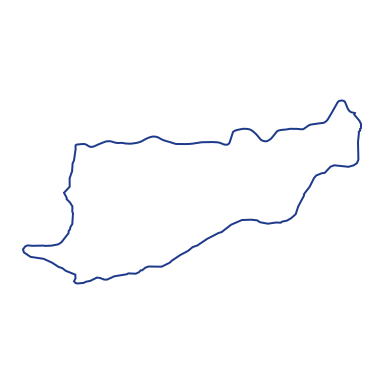 El Jícaro, El Progreso, Guatemala
{"feature_id": "79465075B65572825799154", "entity_name": "El Jícaro", "entity_type": "district", "adm_level": 2, "iso_a3": "GTM", "parent_name": "Guatemala", "parent_adm1": "El Progreso", "projection": "mercator", "projection_center": [-89.909, 14.889], "detail": "fine", "context": "isolated", "style": "outline", "palette": "blue", "viewbox_px": 384, "rotation_deg": 0, "n_neighbors": 0, "source": "geoboundaries", "source_scale": "gbopen_adm2", "svg_char_len": 3257}
<svg xmlns="http://www.w3.org/2000/svg" viewBox="0 0 384 384"><path d="M354.9,113.1L353.7,112.8L352.9,112.6L351.8,112.4L350.4,111.8L349.4,111.0L348.8,110.2L347.9,108.9L345.6,103.4L344.9,101.8L343.8,100.9L341.9,100.5L341.0,100.6L339.0,101.0L337.7,102.2L331.9,112.5L327.6,119.7L326.2,121.2L325.4,121.8L324.0,122.7L322.7,123.0L321.2,123.1L319.8,123.3L318.7,123.4L315.7,123.9L313.3,124.2L311.4,124.5L310.5,124.7L309.2,125.1L308.1,125.8L304.6,128.3L303.4,129.1L302.2,129.3L299.1,129.1L297.1,128.9L295.4,128.9L291.0,128.8L289.7,128.9L287.9,129.2L284.7,129.7L283.3,129.7L279.9,130.2L277.8,130.8L276.7,131.7L275.7,132.9L274.3,134.8L272.8,136.6L271.7,137.9L271.0,138.7L269.6,139.7L268.5,140.4L266.9,141.2L265.7,141.3L264.5,141.2L262.9,140.8L261.2,140.0L260.1,138.9L257.5,135.7L256.3,134.4L255.0,133.1L253.3,131.6L251.9,130.6L250.8,129.9L249.3,129.3L247.0,128.9L244.7,128.8L243.2,128.8L240.3,129.3L238.5,129.7L236.3,130.2L234.5,130.9L232.9,132.1L232.7,133.0L230.4,140.1L229.6,142.6L228.8,143.7L228.0,144.4L226.7,144.7L225.1,144.7L223.6,144.3L222.5,143.9L220.7,143.1L218.3,142.4L216.9,142.3L215.8,142.2L214.4,142.2L212.4,142.0L210.1,142.1L207.7,142.1L205.3,142.2L203.2,142.2L200.4,142.4L199.0,142.7L196.0,143.1L193.0,143.6L190.8,143.8L188.6,144.0L186.9,144.0L185.6,144.1L181.1,144.0L178.0,144.0L176.5,144.0L175.2,143.8L173.8,143.3L171.8,142.7L170.2,142.2L166.4,141.1L164.8,140.6L163.3,140.1L162.3,139.7L160.4,138.7L158.9,137.8L157.6,137.2L156.3,136.8L154.7,136.6L153.7,136.6L152.6,136.6L150.6,137.0L147.4,138.2L145.8,139.0L144.2,139.8L142.4,140.9L140.7,141.7L137.9,142.6L136.1,143.0L131.7,143.6L129.2,143.7L127.4,143.6L125.5,143.5L123.7,143.1L122.1,142.9L120.7,142.9L118.5,143.0L116.6,142.9L113.9,142.3L112.9,141.9L111.4,141.5L110.4,141.3L109.5,141.2L107.7,141.3L106.7,141.3L105.3,141.7L104.0,142.2L103.1,142.5L98.9,144.2L94.4,146.2L93.0,146.7L91.3,146.9L90.1,146.8L88.4,146.0L86.9,145.0L86.1,144.6L84.9,144.1L83.3,144.0L81.8,144.1L80.8,144.1L79.7,144.3L78.5,144.4L77.0,144.5L75.7,145.2L75.5,146.4L75.5,147.6L75.7,148.5L74.0,160.4L72.6,163.5L72.1,171.2L69.6,178.4L69.7,186.7L64.0,192.8L66.7,197.9L66.7,199.4L67.9,200.3L69.9,202.4L72.4,206.4L72.3,211.7L73.0,213.3L72.3,224.0L70.4,227.1L70.0,229.4L68.7,230.9L68.5,233.2L61.5,242.2L58.4,244.3L51.8,245.6L45.6,245.9L43.3,245.6L32.7,245.8L27.5,245.4L25.3,246.4L23.0,249.3L23.9,252.4L30.6,256.9L43.6,258.8L52.1,262.7L58.7,267.0L62.2,268.1L65.9,270.9L75.3,274.6L75.5,278.4L74.0,281.3L75.5,283.0L77.3,283.5L83.5,282.9L86.1,281.7L90.2,280.9L96.9,277.6L100.2,278.0L104.2,279.6L107.0,279.6L114.3,276.3L127.1,274.2L128.2,273.4L135.8,273.7L139.1,272.1L140.7,270.3L142.1,270.3L145.5,267.6L148.6,266.5L161.6,266.7L169.7,262.7L171.8,260.7L180.3,255.0L188.2,250.8L192.6,247.1L197.3,245.5L207.1,238.9L218.7,232.9L221.6,232.1L231.3,224.6L242.0,220.0L251.6,219.7L257.3,220.4L259.9,222.2L267.9,223.7L276.0,222.5L280.7,222.7L281.9,221.7L287.0,220.6L291.0,218.3L295.7,214.2L298.2,206.5L304.0,195.6L304.0,194.2L305.6,192.0L309.7,186.7L314.0,178.1L316.2,175.5L321.8,173.2L324.7,172.9L330.5,166.7L334.2,165.3L348.5,166.8L353.8,165.3L356.9,163.2L358.4,159.6L358.0,142.0L358.9,133.1L358.8,131.8L360.2,130.5L360.0,129.0L360.9,128.2L361.0,123.9L359.3,120.6L355.1,115.6L354.2,114.6L354.9,113.1Z" fill="none" stroke="#1e3a8a" stroke-width="2"/></svg>